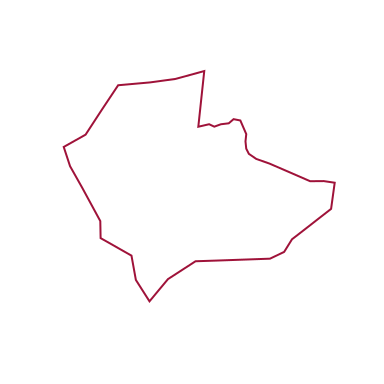 SVG path tracing the border of Lielvardes, rotated 291°
{"feature_id": "LVA-5769", "entity_name": "Lielvardes", "entity_type": "Municipality", "adm_level": 1, "iso_a3": "LVA", "parent_name": "Latvia", "parent_adm1": "", "projection": "albers", "projection_center": [24.97, 56.715], "detail": "fine", "context": "isolated", "style": "outline", "palette": "rose", "viewbox_px": 384, "rotation_deg": 291, "n_neighbors": 0, "source": "natural_earth", "source_scale": "10m", "svg_char_len": 661}
<svg xmlns="http://www.w3.org/2000/svg" viewBox="0 0 384 384"><g transform="rotate(291 192 192)"><path d="M309.3,160.1L255.2,174.5L261.4,183.7L261.0,189.4L265.6,194.7L269.3,201.7L274.9,204.7L276.1,211.5L265.5,221.9L258.4,223.8L251.9,227.1L248.0,231.4L245.9,240.1L246.3,254.2L244.4,298.4L249.4,311.1L251.8,321.9L226.1,327.9L213.0,320.0L198.7,311.4L183.7,302.3L169.1,299.5L157.7,288.7L136.4,238.6L128.6,220.1L116.1,211.0L102.1,200.8L88.9,196.3L74.7,191.5L89.8,171.1L110.9,158.3L116.2,123.2L132.0,116.8L156.6,88.0L172.4,68.9L188.1,56.1L207.4,72.1L237.2,78.5L265.2,84.8L279.3,113.6L291.6,136.0L309.3,160.1Z" fill="none" stroke="#9f1239" stroke-width="2"/></g></svg>